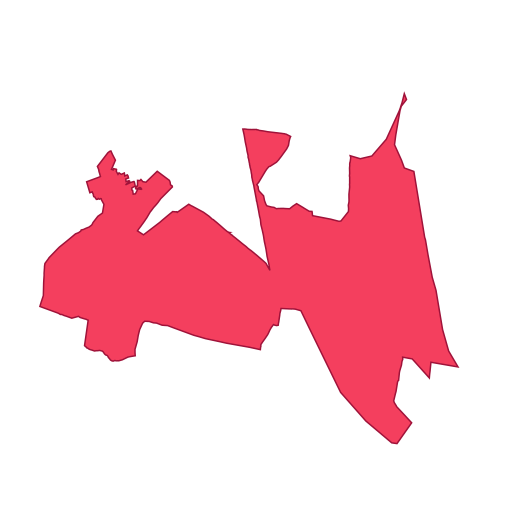 the district of Ixhuatán, Chiapas, Mexico, rotated 5°
{"feature_id": "50627088B63590301456698", "entity_name": "Ixhuatán", "entity_type": "district", "adm_level": 2, "iso_a3": "MEX", "parent_name": "Mexico", "parent_adm1": "Chiapas", "projection": "robinson", "projection_center": [-92.999, 17.305], "detail": "fine", "context": "isolated", "style": "filled", "palette": "rose", "viewbox_px": 512, "rotation_deg": 5, "n_neighbors": 0, "source": "geoboundaries", "source_scale": "gbopen_adm2", "svg_char_len": 6019}
<svg xmlns="http://www.w3.org/2000/svg" viewBox="0 0 512 512"><g transform="rotate(5 256 256)"><path d="M45.1,325.1L63.6,330.1L64.7,330.5L65.6,331.0L66.2,331.3L67.8,331.2L69.9,332.0L72.3,332.5L77.9,334.0L84.4,331.6L86.2,332.6L90.8,333.6L92.2,333.8L93.7,334.4L94.4,334.6L93.0,360.2L93.1,360.3L94.1,361.2L94.5,361.3L95.2,361.9L95.6,362.4L96.4,362.5L97.7,363.3L98.9,363.7L100.6,364.0L103.4,364.7L105.0,364.3L106.7,364.1L108.4,363.7L109.9,363.9L111.3,364.2L112.0,364.7L113.7,366.8L114.9,367.7L116.3,368.0L117.2,368.8L117.6,369.5L117.7,369.9L118.4,370.5L119.2,371.3L120.2,372.4L121.8,373.1L123.1,373.1L124.5,372.4L125.7,372.6L128.6,372.3L132.0,371.0L135.5,368.9L137.0,368.0L138.3,367.5L144.4,365.9L144.2,364.9L143.9,362.8L143.6,359.5L145.1,351.7L145.6,345.4L146.5,339.5L148.9,332.8L150.8,330.7L155.3,330.5L159.6,331.5L162.8,331.5L165.6,332.3L168.4,333.1L170.5,333.1L174.0,333.0L180.4,334.8L201.0,340.4L206.5,341.4L212.8,342.7L227.4,344.5L234.0,345.4L248.6,346.7L257.6,347.5L268.5,348.9L268.5,348.2L268.5,346.5L268.7,346.0L268.6,344.2L268.6,343.7L269.5,342.1L270.1,341.0L272.4,337.1L274.5,333.3L275.1,331.8L276.0,329.3L276.2,328.6L277.1,326.7L277.6,325.7L279.4,322.8L280.8,323.3L282.7,323.5L284.2,323.0L284.2,321.3L284.4,319.8L284.5,317.9L284.7,314.7L284.8,313.3L284.8,312.8L284.8,311.3L285.2,308.8L285.3,308.6L285.5,306.1L293.2,305.8L295.5,305.7L297.7,305.5L299.8,305.5L305.5,306.6L314.9,322.4L329.6,346.9L352.2,384.5L379.8,410.8L407.5,430.3L412.8,430.6L425.6,408.6L425.3,408.3L409.1,393.7L408.8,393.0L406.6,390.1L405.8,388.3L406.9,380.9L407.3,378.7L408.0,369.0L408.5,367.8L408.9,367.5L409.0,359.8L409.2,357.9L410.4,352.1L410.6,348.3L411.2,346.1L410.9,344.0L420.6,344.9L439.3,362.4L439.3,361.1L439.3,358.5L439.4,355.9L439.5,349.1L439.5,346.6L466.9,348.9L456.2,333.9L448.3,313.1L438.3,274.5L433.4,261.8L427.3,240.0L423.4,225.1L422.4,222.7L405.9,158.0L396.1,155.4L392.6,147.9L384.3,133.1L384.7,123.3L386.8,98.5L387.7,94.1L392.3,87.0L389.6,81.4L388.1,90.6L387.2,94.3L387.3,94.3L386.0,99.1L375.5,128.7L375.3,128.8L362.7,146.3L351.4,150.0L341.1,147.9L341.8,149.7L341.6,154.4L341.4,154.5L341.4,155.3L341.3,156.1L341.5,157.6L341.5,160.2L342.1,165.5L342.1,168.3L342.4,168.9L342.7,172.6L343.0,175.7L342.9,176.1L343.3,179.2L343.2,186.3L343.5,189.6L343.8,192.3L343.9,194.2L343.5,197.3L344.1,200.8L344.2,203.7L340.5,209.3L337.6,213.7L335.7,214.2L330.7,213.4L327.2,212.8L308.8,210.9L308.2,207.8L307.9,206.7L305.1,206.8L299.6,204.1L299.1,203.8L291.9,200.3L288.4,203.1L285.4,206.0L280.8,206.2L279.2,206.2L274.2,206.7L272.1,207.1L269.8,206.0L267.8,205.9L267.4,205.9L262.5,205.1L261.5,203.9L259.7,200.2L258.3,195.4L253.3,190.9L252.5,189.1L252.2,187.3L252.0,186.6L250.6,184.8L251.2,183.9L252.2,182.5L257.9,170.8L259.1,168.6L261.0,165.9L262.4,165.3L268.2,160.8L270.2,158.2L270.8,157.2L272.3,154.9L277.2,146.7L278.3,144.0L278.7,143.0L279.0,138.8L279.2,137.4L279.7,135.0L280.1,133.9L275.4,132.0L274.3,131.9L273.5,131.7L273.4,131.7L272.1,131.7L270.9,131.6L257.0,131.2L252.7,130.8L248.3,130.6L247.6,130.3L245.6,130.1L245.5,129.9L240.5,130.4L237.2,130.6L236.1,130.6L235.0,130.5L233.5,130.5L231.8,130.7L233.5,136.0L234.3,139.0L235.4,143.4L237.2,149.2L237.9,152.2L239.3,156.4L239.5,158.4L240.2,160.1L240.5,161.2L240.6,161.5L240.8,162.3L241.1,163.4L241.4,164.2L241.6,165.3L241.7,165.7L241.8,166.0L242.2,167.1L242.2,167.6L243.4,170.8L244.2,174.1L244.6,175.3L245.0,177.9L245.7,180.1L245.8,180.7L247.3,185.0L247.8,186.4L247.9,187.1L251.7,200.6L251.6,200.9L252.4,202.6L252.4,202.9L254.6,210.6L256.1,216.2L257.1,218.9L257.2,219.4L258.2,224.5L259.8,229.1L260.5,231.3L261.5,234.5L261.6,234.9L262.1,236.8L262.6,239.0L262.7,239.3L263.2,241.3L263.7,242.8L264.4,245.1L265.3,248.1L266.9,254.6L266.9,254.9L269.8,263.9L270.3,266.2L271.1,269.1L267.9,264.4L266.7,262.6L265.5,261.6L260.6,258.0L259.6,257.3L259.3,257.1L256.7,255.2L254.9,254.0L253.8,253.2L250.4,250.9L249.3,250.3L247.0,248.8L245.9,247.9L245.1,247.3L241.2,244.8L237.6,242.3L235.3,240.8L235.2,240.7L234.2,240.0L232.2,238.7L230.7,237.7L230.1,237.1L229.3,236.9L229.2,236.7L228.2,236.0L227.2,235.3L227.9,234.9L227.4,234.9L225.8,234.4L225.3,234.2L223.1,232.7L222.4,232.2L218.2,229.1L213.9,226.0L211.4,224.3L210.5,223.6L210.4,223.5L209.3,223.2L208.9,222.9L208.7,222.7L205.8,220.5L199.9,217.0L188.1,211.9L187.4,211.7L184.5,210.3L173.7,219.4L173.2,218.8L172.4,219.0L170.0,219.0L169.1,219.0L163.9,224.1L161.1,226.9L160.1,227.9L159.4,228.6L157.3,230.8L142.1,244.7L135.7,241.3L137.4,238.4L138.8,236.2L139.6,234.8L140.9,232.7L142.4,230.1L142.6,229.6L143.6,228.0L146.9,221.1L147.6,220.2L147.9,219.7L148.5,218.7L149.3,217.4L150.1,216.2L151.5,214.4L152.3,213.3L153.6,211.4L153.8,211.1L156.1,207.2L166.7,194.5L166.4,193.5L164.6,192.5L164.0,189.9L163.1,188.2L150.2,180.2L139.9,192.1L136.8,191.8L134.7,189.8L133.8,191.0L131.4,191.0L131.8,195.5L131.3,196.6L131.6,196.7L130.6,197.7L130.1,198.9L130.6,199.7L131.3,199.6L134.4,197.8L135.4,198.3L136.2,199.3L135.9,199.6L132.5,199.4L130.5,204.5L128.3,205.1L127.4,201.5L126.6,201.1L126.4,199.8L126.4,199.0L128.5,197.6L129.7,197.2L128.4,192.9L127.9,192.4L126.4,193.0L125.1,193.5L119.8,196.5L123.6,192.5L123.0,192.0L120.1,193.2L119.5,190.7L122.2,189.4L121.5,187.3L120.7,186.4L118.3,187.7L117.6,184.8L114.6,186.4L112.3,185.1L111.4,186.7L109.5,183.9L109.5,181.9L108.9,181.6L108.5,181.7L106.5,181.4L106.2,182.7L104.5,182.3L107.6,172.8L104.2,167.4L102.3,164.0L101.1,164.5L99.4,166.1L90.2,180.6L90.4,180.9L91.7,183.5L92.3,185.8L92.6,186.4L92.9,187.1L93.4,188.5L94.1,190.4L92.4,191.3L84.6,195.0L80.8,196.8L85.0,207.5L87.2,206.4L88.6,208.9L88.7,209.7L89.2,211.0L89.4,211.1L90.3,211.3L91.1,212.5L91.9,213.1L92.0,213.5L92.3,213.5L93.2,213.3L93.8,212.4L94.9,213.1L96.3,212.3L96.9,212.5L97.0,213.3L100.0,217.8L99.3,226.6L95.0,230.2L90.7,236.9L90.0,238.8L89.5,239.6L87.2,241.7L84.2,243.2L81.8,244.6L79.6,245.3L79.2,246.5L77.2,248.2L74.2,249.7L68.7,255.2L64.9,258.9L59.3,264.3L58.9,264.8L58.2,265.6L50.0,275.7L49.5,276.7L46.4,281.8L46.2,284.7L46.3,286.2L46.4,291.7L46.6,293.6L46.8,301.1L47.6,314.0L46.0,320.8L45.3,324.1L45.1,325.1Z" fill="#f43f5e" stroke="#9f1239" stroke-width="1.5"/></g></svg>